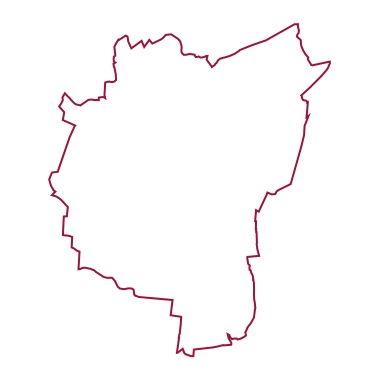 Bacia, Hunedoara, Romania (Equal Earth projection), rotated 268°
{"feature_id": "2599482B44278673032594", "entity_name": "Bacia", "entity_type": "district", "adm_level": 2, "iso_a3": "ROU", "parent_name": "Romania", "parent_adm1": "Hunedoara", "projection": "equal_earth", "projection_center": [23.024, 45.805], "detail": "fine", "context": "isolated", "style": "outline", "palette": "rose", "viewbox_px": 384, "rotation_deg": 268, "n_neighbors": 0, "source": "geoboundaries", "source_scale": "gbopen_adm2", "svg_char_len": 4421}
<svg xmlns="http://www.w3.org/2000/svg" viewBox="0 0 384 384"><g transform="rotate(268 192 192)"><path d="M317.5,334.3L314.4,316.7L314.7,315.7L320.6,312.4L322.4,312.9L325.5,310.4L326.5,309.6L327.7,309.1L329.7,308.0L333.9,306.4L335.8,306.1L340.0,306.0L343.6,302.3L345.2,302.6L347.3,304.1L349.6,304.5L352.6,303.9L354.0,303.6L356.0,303.8L356.0,301.9L356.1,300.4L342.8,274.7L340.9,271.1L338.4,262.7L336.0,255.3L332.2,244.8L331.4,243.9L328.6,239.5L328.4,238.9L327.8,237.3L327.5,236.6L327.0,235.4L326.5,234.2L326.2,232.8L325.7,230.9L325.2,228.9L325.0,227.5L324.4,225.6L324.4,225.0L322.8,222.7L321.4,221.8L320.3,221.0L319.9,220.8L319.4,220.0L317.9,218.9L317.6,218.3L316.2,216.2L317.4,215.6L318.0,215.1L319.3,214.3L321.9,212.5L322.8,211.9L324.0,211.2L327.4,212.2L327.4,210.9L326.9,210.1L326.4,208.0L326.1,207.1L326.2,204.8L326.8,204.1L327.2,203.4L326.8,201.9L326.7,200.6L327.8,199.8L329.2,199.3L329.6,196.8L330.0,194.4L330.1,194.1L329.8,193.5L329.6,192.1L329.4,191.1L329.4,188.9L329.4,188.4L330.2,187.7L331.2,186.9L331.9,186.5L333.2,186.4L334.5,186.3L336.1,186.7L338.7,186.6L340.2,186.1L342.6,185.6L344.0,184.7L345.7,183.1L348.6,179.1L350.3,176.6L350.0,172.1L349.7,171.0L348.7,170.1L348.2,169.5L347.4,169.1L346.9,168.3L346.2,167.3L345.5,166.2L341.7,157.5L345.5,154.7L338.6,149.3L344.8,146.9L337.7,136.4L344.4,133.6L349.6,133.0L350.6,131.0L349.2,128.9L348.3,127.4L347.3,125.6L346.4,124.2L346.8,123.8L345.2,122.6L340.0,119.5L331.6,120.1L330.8,120.0L330.0,118.7L327.4,118.3L326.0,118.5L325.6,118.4L325.1,118.4L324.0,120.0L322.8,118.0L319.9,118.3L319.6,118.7L312.3,119.9L306.5,120.0L306.1,119.4L305.3,118.5L305.0,117.9L304.7,116.5L304.7,115.6L304.9,114.2L305.3,113.2L305.1,111.4L304.5,109.1L292.0,107.9L288.9,108.5L289.6,107.5L289.9,106.7L290.0,105.9L289.9,105.0L289.8,103.8L289.7,102.6L289.6,102.1L287.0,102.1L287.1,101.3L287.3,100.3L287.2,99.2L287.3,97.5L287.6,96.5L287.8,95.5L287.9,94.5L287.8,93.4L287.7,91.9L287.0,90.3L285.9,89.0L284.7,86.9L283.2,84.7L282.4,83.6L283.4,80.0L283.4,79.6L284.2,78.3L285.2,77.1L288.2,74.4L289.6,73.4L291.4,71.8L292.3,70.8L293.8,69.5L295.1,68.4L291.0,65.8L288.3,66.1L284.7,64.2L282.1,62.2L276.2,67.1L268.4,65.4L262.5,77.6L262.2,77.4L261.6,76.9L251.2,71.7L216.9,58.5L216.3,52.7L209.6,49.7L203.7,51.1L201.7,52.0L200.2,53.0L199.0,53.4L198.6,53.7L197.1,55.5L196.0,54.2L195.2,53.4L194.8,53.2L194.4,52.7L193.7,51.9L192.6,55.3L191.9,56.8L190.2,59.2L188.8,60.9L183.5,65.4L181.3,67.4L181.0,67.3L172.1,66.1L172.0,63.0L171.8,63.0L153.4,61.5L152.5,67.6L151.2,70.7L140.8,69.8L139.9,71.7L139.9,71.8L138.4,73.6L137.2,75.3L136.3,77.5L119.1,75.9L118.7,75.9L119.0,77.8L119.9,79.9L120.1,81.6L119.9,83.4L119.2,85.8L118.8,88.0L118.7,88.1L117.6,90.3L117.6,90.5L116.8,91.9L115.6,93.0L110.1,100.9L109.2,104.3L109.2,104.5L109.1,105.7L109.2,108.2L109.1,109.0L108.6,109.6L106.1,111.7L102.7,113.3L100.5,114.2L100.1,114.4L100.0,114.5L98.1,116.5L97.4,119.7L97.3,120.8L97.6,123.0L97.9,124.9L97.8,126.6L97.8,127.2L97.4,129.1L96.0,130.3L91.6,130.7L90.4,131.6L88.9,135.4L84.7,168.8L69.6,166.4L69.0,169.3L67.7,176.6L67.5,176.9L67.2,176.8L60.0,176.1L55.3,175.4L50.8,174.8L49.6,174.2L46.9,173.7L46.9,174.0L31.8,171.3L31.8,172.0L35.6,177.2L33.3,178.1L33.2,177.9L31.5,178.6L30.1,179.9L28.0,185.3L27.9,187.6L34.5,188.4L36.0,208.1L36.3,208.7L36.6,211.9L37.9,217.8L37.8,218.2L37.6,218.2L37.9,225.6L38.8,226.1L40.1,225.9L42.9,224.4L44.6,223.5L48.7,222.7L47.6,224.4L46.1,224.7L43.5,226.8L44.0,228.6L44.1,229.1L43.9,231.7L43.0,232.4L43.7,235.5L45.2,238.7L46.7,240.9L50.1,240.4L50.6,240.9L55.2,243.1L58.4,245.9L64.4,249.6L64.8,249.6L72.9,250.9L73.4,251.2L74.5,251.2L80.1,250.8L82.1,250.4L88.2,250.4L91.6,250.6L95.7,250.7L98.9,250.7L102.0,250.3L102.0,250.0L104.6,250.0L105.6,249.9L106.9,249.5L109.5,248.3L111.7,247.8L112.3,246.8L114.9,246.8L116.6,247.2L117.7,246.0L118.8,245.5L121.4,245.3L123.4,244.9L125.2,245.1L125.8,256.9L132.5,255.3L135.0,255.1L137.6,254.8L138.7,255.1L148.8,255.1L150.0,255.0L150.0,254.7L152.6,254.8L152.8,254.8L152.8,254.5L160.5,255.0L160.6,254.1L171.6,255.4L170.9,256.4L170.0,258.0L182.9,264.6L186.4,266.4L188.8,267.3L186.8,271.8L187.1,275.2L189.7,276.6L190.1,277.5L190.8,278.3L196.5,290.9L232.6,302.5L245.0,306.0L254.0,306.8L264.2,311.2L262.8,309.1L271.7,310.2L277.6,310.9L277.3,310.2L278.4,310.2L279.4,309.0L279.6,307.7L280.0,306.3L281.8,305.3L283.8,305.1L284.6,304.5L292.4,313.6L303.7,325.7L307.1,328.8L309.7,331.2L311.8,332.5L313.9,333.4L315.7,334.3L317.5,334.3Z" fill="none" stroke="#9f1239" stroke-width="2"/></g></svg>